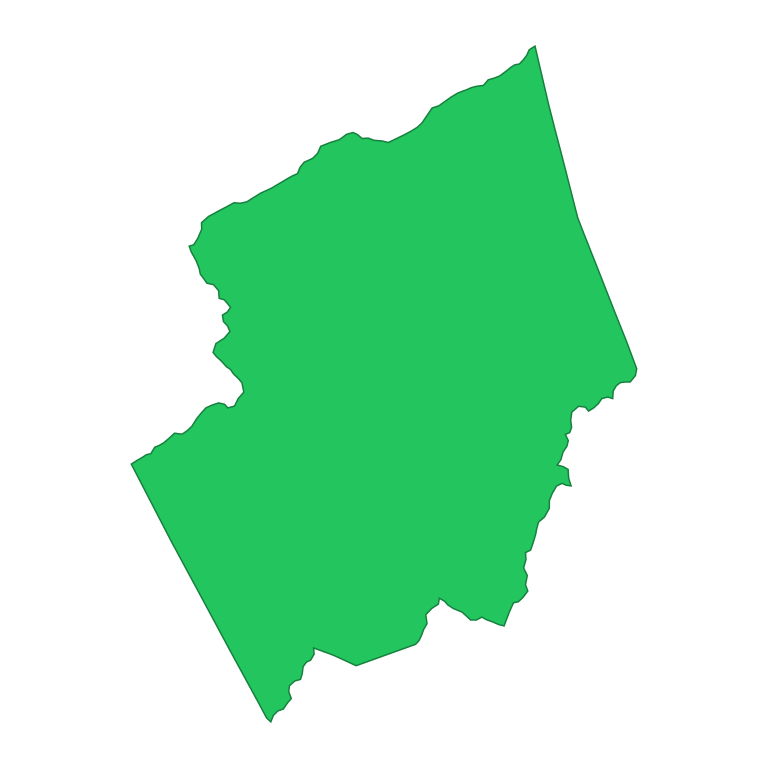 the district of Cantagalo, Rio de Janeiro, Brazil
{"feature_id": "56859067B51854639642219", "entity_name": "Cantagalo", "entity_type": "district", "adm_level": 2, "iso_a3": "BRA", "parent_name": "Brazil", "parent_adm1": "Rio de Janeiro", "projection": "equal_earth", "projection_center": [-42.336, -21.867], "detail": "fine", "context": "isolated", "style": "filled", "palette": "green", "viewbox_px": 768, "rotation_deg": 0, "n_neighbors": 0, "source": "geoboundaries", "source_scale": "gbopen_adm2", "svg_char_len": 2706}
<svg xmlns="http://www.w3.org/2000/svg" viewBox="0 0 768 768"><path d="M201.5,222.7L201.7,229.2L197.8,238.3L193.7,244.8L189.2,246.1L191.2,251.8L196.2,260.8L199.2,268.5L200.3,274.1L203.6,278.5L206.9,283.2L213.6,284.7L218.6,290.7L219.2,298.4L224.3,299.8L230.5,307.2L227.5,311.9L222.4,315.1L223.5,321.6L227.5,325.9L229.9,331.5L224.3,338.1L215.9,343.6L213.1,352.4L216.3,356.5L221.2,360.9L226.4,366.7L230.3,369.3L233.6,374.0L237.5,377.7L241.9,382.6L243.8,392.1L238.2,398.6L234.5,406.1L227.8,407.9L224.6,404.3L218.7,402.9L212.0,405.1L205.9,407.9L201.0,413.3L196.7,418.6L191.8,426.4L186.8,431.0L182.0,434.2L174.6,433.2L168.3,438.9L163.6,442.9L159.4,445.3L154.7,447.3L150.8,453.7L146.4,454.7L142.4,457.3L136.6,460.7L131.3,464.1L171.3,541.4L201.5,597.4L231.1,652.5L259.7,705.0L266.5,717.8L270.8,721.9L273.4,715.4L277.8,711.0L283.4,709.0L287.3,703.2L291.3,698.5L288.7,691.6L289.5,685.7L294.8,681.0L300.5,679.4L302.2,673.8L303.1,666.7L306.4,662.1L310.6,660.2L314.1,654.2L313.6,648.0L330.7,654.2L334.9,655.9L342.3,659.3L348.4,662.1L356.1,665.7L415.6,644.3L419.0,640.6L421.6,635.2L423.6,629.6L427.0,623.7L425.8,614.7L431.8,608.4L438.4,604.1L439.3,598.2L444.7,601.3L447.9,605.0L453.3,608.5L462.0,612.1L466.7,616.3L470.6,620.0L476.5,620.0L481.8,617.1L486.5,619.7L492.6,621.9L498.8,624.6L504.1,625.9L506.7,618.9L509.8,610.9L513.5,602.8L518.3,601.8L523.0,597.4L527.8,591.0L525.5,584.8L527.3,575.5L523.6,567.9L526.0,559.5L525.5,552.6L530.6,550.1L533.1,542.9L535.6,534.5L536.9,528.0L538.5,522.1L544.4,517.1L549.3,508.4L549.4,500.5L552.4,493.1L556.7,485.9L562.0,483.4L566.4,485.3L571.1,485.9L568.7,478.4L568.1,469.4L563.1,466.6L557.2,465.0L560.9,459.7L563.0,452.1L566.9,446.3L568.3,440.6L565.3,434.4L569.7,432.6L571.6,427.4L570.7,420.4L571.8,412.1L578.6,406.3L585.3,407.1L588.6,411.1L594.1,407.6L598.3,403.7L601.8,398.6L607.8,397.1L612.7,398.6L613.2,391.0L616.4,385.6L620.4,382.6L625.3,382.0L630.2,382.0L635.4,375.6L636.7,368.7L626.2,340.6L614.6,311.6L598.9,271.6L583.5,232.7L577.7,217.7L565.7,170.6L560.8,151.6L558.6,143.2L556.1,133.7L548.4,103.6L535.0,46.1L529.2,49.8L526.8,55.2L523.1,60.1L519.3,64.0L514.9,64.8L510.7,67.4L506.6,70.8L499.5,76.1L493.6,78.3L488.2,79.8L483.5,85.4L476.5,86.3L471.2,87.7L466.5,89.8L462.2,91.3L457.3,93.3L451.2,97.0L438.8,105.8L432.1,108.0L425.4,117.9L422.0,122.9L417.4,127.2L410.9,131.3L402.4,135.7L388.4,142.5L382.3,141.0L374.0,140.3L368.1,138.1L362.1,138.5L357.4,134.5L353.0,132.5L346.6,134.3L339.3,139.7L330.2,142.5L320.7,146.3L317.7,153.2L312.6,158.4L304.2,162.2L300.0,167.4L297.5,173.7L293.0,175.6L288.4,178.1L271.0,188.4L265.6,190.9L260.7,193.1L253.8,197.4L246.8,201.8L240.3,203.3L234.2,202.7L218.2,211.2L208.6,216.4L201.5,222.7Z" fill="#22c55e" stroke="#15803d" stroke-width="1.5"/></svg>